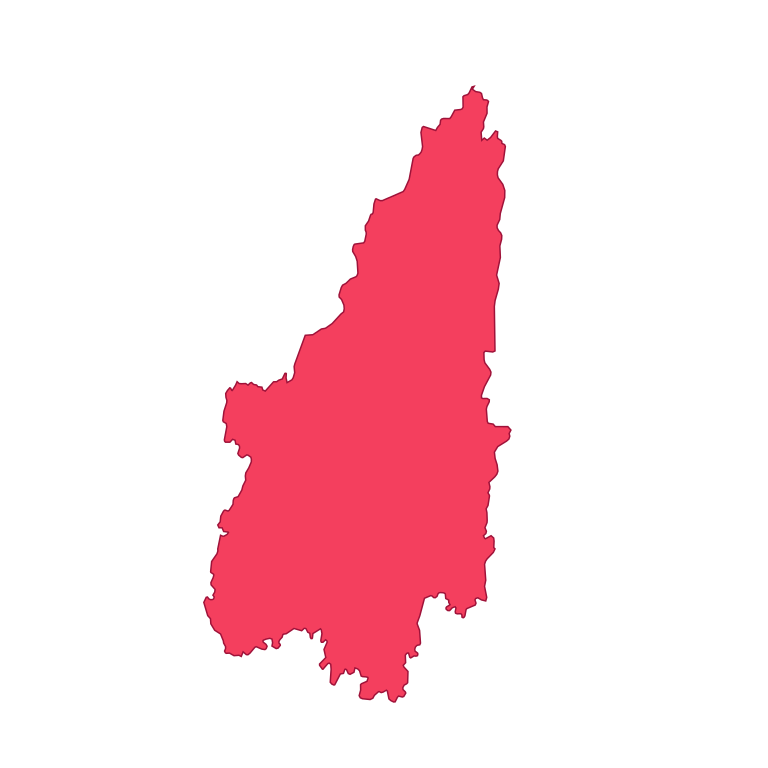 map outline of Kurgan (Equal Earth projection), rotated 284°
{"feature_id": "RUS-2380", "entity_name": "Kurgan", "entity_type": "Region", "adm_level": 1, "iso_a3": "RUS", "parent_name": "Russia", "parent_adm1": "", "projection": "equal_earth", "projection_center": [64.14, 55.502], "detail": "fine", "context": "isolated", "style": "filled", "palette": "rose", "viewbox_px": 768, "rotation_deg": 284, "n_neighbors": 0, "source": "natural_earth", "source_scale": "10m", "svg_char_len": 6094}
<svg xmlns="http://www.w3.org/2000/svg" viewBox="0 0 768 768"><g transform="rotate(284 384 384)"><path d="M694.6,399.4L691.4,398.4L689.9,402.2L690.2,406.5L689.5,408.3L685.4,410.4L683.9,411.7L684.4,414.8L684.2,416.0L683.3,417.1L677.7,416.9L671.6,418.5L662.3,417.1L657.7,418.6L655.9,418.7L651.8,417.3L644.1,419.9L646.9,421.8L645.5,425.1L649.0,427.8L656.5,431.0L656.2,433.3L651.6,434.1L649.8,434.9L648.7,438.4L648.0,439.5L646.0,440.2L645.4,443.1L643.8,444.3L629.4,445.8L620.5,442.8L617.6,442.7L614.4,443.4L611.7,444.8L606.4,451.0L601.0,454.4L594.1,456.0L577.5,455.6L571.6,456.5L565.4,455.3L562.9,456.0L560.7,457.9L558.9,460.6L556.5,462.4L552.9,463.1L546.0,463.0L534.9,466.3L516.9,466.9L509.4,471.4L503.7,472.0L491.9,471.6L486.0,472.3L442.9,483.7L441.4,481.8L440.4,474.3L438.7,473.3L431.9,475.2L429.0,476.7L423.8,483.0L421.4,484.9L418.5,485.3L405.7,482.1L396.7,481.3L394.2,481.9L393.8,483.4L394.9,487.5L394.2,490.0L392.2,490.4L386.9,489.3L384.3,489.4L372.6,493.3L371.1,494.6L371.5,499.6L369.6,502.3L372.6,514.5L370.0,518.3L366.2,517.4L363.8,518.7L360.8,518.5L358.2,516.7L350.8,509.5L344.6,507.6L338.7,509.8L333.0,513.3L327.0,515.6L323.7,515.3L320.8,514.0L313.9,509.6L310.0,511.6L307.7,512.0L303.6,511.2L301.5,513.2L300.4,513.5L291.3,514.3L287.6,513.3L284.0,515.0L276.7,517.1L274.4,517.5L269.0,516.7L265.9,519.0L263.6,519.0L260.8,517.2L258.6,519.0L258.4,519.9L262.7,524.6L261.1,527.7L258.2,528.8L251.8,530.1L250.9,531.6L247.0,530.8L239.4,526.4L236.7,525.4L233.4,525.2L218.2,530.2L212.0,530.5L201.8,535.3L198.1,535.2L198.1,530.7L199.3,526.8L198.0,524.8L196.5,524.5L193.6,526.3L191.6,526.0L186.2,518.8L185.1,518.2L178.6,518.6L177.0,518.1L176.3,517.3L176.6,516.1L178.8,515.4L179.7,514.1L178.7,510.6L178.9,508.9L180.2,508.2L184.1,508.0L185.1,506.9L183.4,504.4L180.0,502.5L179.6,500.8L180.4,498.9L181.6,498.3L182.8,498.6L185.8,501.5L187.7,499.7L190.0,499.0L190.8,495.8L195.1,494.3L195.6,493.5L195.8,492.2L195.3,489.2L194.7,487.9L193.7,487.2L190.7,486.8L189.0,485.4L188.8,483.8L189.9,482.0L190.0,480.6L185.9,475.1L167.8,474.8L160.4,474.0L159.3,474.2L153.6,478.1L141.4,482.1L139.6,481.8L138.5,479.4L137.7,478.8L136.3,478.1L134.0,478.0L132.3,478.8L131.1,481.6L130.2,482.2L128.5,482.2L127.7,480.9L127.4,478.9L124.7,476.2L125.1,475.1L128.7,473.0L128.9,472.4L128.0,471.1L126.0,470.3L118.8,472.4L115.7,470.7L114.2,471.8L110.9,476.8L99.9,479.2L98.6,478.5L96.7,476.4L93.8,475.7L92.1,476.4L90.4,479.2L89.4,479.9L85.6,478.8L84.7,477.5L84.7,473.6L83.2,472.8L78.3,471.7L77.8,470.3L78.4,467.4L79.6,465.0L86.9,461.5L87.5,460.4L84.8,457.6L83.9,455.9L84.4,453.6L84.1,453.1L79.6,450.0L76.4,449.2L74.5,446.9L73.4,439.2L73.8,436.9L75.6,435.3L81.3,435.4L86.6,434.0L87.7,434.6L91.4,439.4L94.7,439.7L95.4,439.3L95.5,437.5L94.9,434.1L95.1,432.5L99.9,429.6L101.2,427.4L101.5,424.5L97.0,424.6L94.1,421.3L94.4,419.4L97.8,416.7L98.0,415.5L97.6,415.0L93.4,414.7L92.1,411.8L80.3,409.0L79.8,408.3L80.2,406.0L81.6,404.0L94.4,401.7L99.2,400.1L99.9,398.3L99.1,397.1L92.5,393.8L92.4,393.2L95.4,389.6L96.7,389.2L104.5,393.7L111.9,390.0L119.9,391.3L121.0,390.7L121.7,389.2L118.7,387.3L118.3,385.8L118.6,385.3L120.0,384.7L126.7,384.2L130.3,382.6L131.1,381.6L124.7,375.4L120.2,376.0L119.6,375.8L119.3,374.9L120.2,373.9L124.2,372.3L124.7,370.1L127.6,367.6L127.8,366.9L127.6,365.7L124.7,363.8L125.0,355.8L118.1,349.6L116.9,346.9L116.3,346.5L113.6,346.4L110.7,344.8L108.4,344.3L107.1,344.9L106.3,346.2L105.3,346.6L102.1,345.1L101.2,343.4L102.6,338.7L106.0,338.5L109.4,337.0L109.6,334.7L107.9,331.2L106.1,328.8L105.4,328.7L104.3,329.3L102.9,332.4L101.3,334.0L98.7,333.7L97.5,332.7L97.2,329.6L98.2,323.5L97.3,322.4L90.5,319.1L88.4,317.5L88.1,315.9L90.0,312.1L85.1,311.4L85.7,308.9L84.1,304.2L85.5,299.2L84.5,296.0L84.9,295.0L86.3,293.9L88.8,294.3L90.9,293.8L93.8,291.1L96.0,290.2L101.9,285.9L104.1,279.3L109.4,274.0L114.3,272.4L116.6,269.0L128.5,262.0L134.0,263.1L134.6,264.2L133.0,266.3L132.8,268.0L133.3,269.6L134.1,270.6L135.8,270.8L136.5,270.6L137.7,269.1L141.1,270.1L143.8,269.8L147.3,264.8L149.4,264.1L155.0,265.1L157.5,265.1L158.2,264.6L159.3,261.6L159.9,261.2L170.1,259.7L178.8,263.0L181.7,263.2L183.8,262.6L197.7,262.0L197.3,264.3L197.6,265.5L200.1,268.2L202.3,269.0L202.6,268.6L202.1,264.1L205.3,261.7L204.6,258.7L207.0,256.8L210.6,258.4L216.3,257.6L221.7,259.0L222.9,259.7L223.2,260.4L223.0,263.4L223.9,264.3L230.7,266.6L234.6,265.9L236.7,266.1L237.5,266.6L239.4,269.7L246.7,271.7L250.9,271.7L257.2,273.1L261.2,271.7L264.3,271.4L270.0,273.1L276.3,274.1L279.0,273.5L280.8,272.5L282.0,269.4L282.0,268.0L278.4,264.8L278.3,263.3L279.9,260.1L281.2,259.0L286.9,259.4L288.7,258.8L290.0,257.5L289.9,254.7L293.4,253.1L293.7,250.5L290.3,248.6L289.2,244.2L289.9,243.2L291.2,242.6L304.5,241.8L307.5,240.5L308.5,237.2L309.7,236.4L318.9,235.3L327.9,235.9L330.1,235.5L332.8,233.9L336.5,232.7L339.9,233.7L343.0,235.3L342.9,236.1L341.0,237.8L340.9,238.2L341.4,238.5L347.1,240.3L350.7,240.9L349.4,243.3L349.8,245.7L351.0,249.7L350.0,252.3L352.7,254.0L353.4,255.1L352.0,257.6L352.2,260.6L350.9,262.2L351.4,266.3L348.9,267.8L348.4,270.5L359.4,276.3L360.3,279.4L362.2,280.9L364.3,284.1L370.3,285.3L370.7,286.2L370.4,286.7L366.2,287.5L361.9,289.6L365.7,293.6L368.2,294.4L373.4,294.6L379.1,292.6L381.9,292.6L412.2,295.8L414.6,303.0L422.2,309.9L423.9,313.7L430.1,319.1L441.5,325.3L444.2,327.4L447.4,327.2L450.9,326.0L455.7,322.4L457.5,319.5L459.6,318.8L467.3,319.2L469.9,319.9L472.5,322.8L477.7,326.0L481.3,330.9L482.6,331.6L485.2,331.9L496.6,328.3L500.8,325.7L505.0,321.6L506.9,321.0L510.0,320.9L512.1,321.3L512.7,321.9L516.0,330.1L517.8,330.8L525.2,330.5L527.1,329.9L528.7,328.7L533.0,327.6L538.4,329.6L544.6,330.1L545.6,330.5L546.1,331.5L547.7,332.0L556.3,330.7L561.2,331.0L561.8,331.5L561.0,335.9L561.5,338.0L575.4,356.1L577.8,357.0L588.7,358.9L610.0,357.7L611.7,358.2L613.7,359.9L614.6,362.1L616.3,363.2L618.2,364.0L620.8,364.2L623.7,364.0L637.0,359.0L642.2,359.0L643.4,360.0L642.5,372.9L645.9,373.8L649.5,375.6L653.6,375.1L655.0,375.8L656.0,377.5L657.5,383.6L659.7,384.6L666.8,386.4L668.9,392.0L669.8,393.2L671.7,393.8L681.8,391.1L683.1,391.9L685.1,395.2L687.1,396.2L693.5,397.5L694.6,399.4Z" fill="#f43f5e" stroke="#9f1239" stroke-width="1.5"/></g></svg>